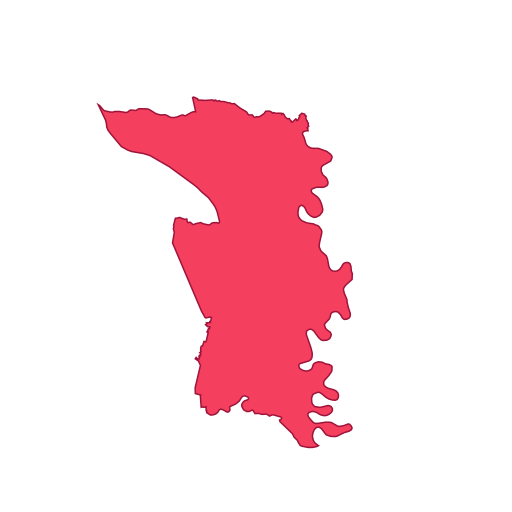 the district of Villa Rica, Valle del Cauca, Colombia, rotated 158°
{"feature_id": "7082276B61573549340712", "entity_name": "Villa Rica", "entity_type": "district", "adm_level": 2, "iso_a3": "COL", "parent_name": "Colombia", "parent_adm1": "Valle del Cauca", "projection": "albers", "projection_center": [-76.465, 3.182], "detail": "fine", "context": "isolated", "style": "filled", "palette": "rose", "viewbox_px": 512, "rotation_deg": 158, "n_neighbors": 0, "source": "geoboundaries", "source_scale": "gbopen_adm2", "svg_char_len": 6093}
<svg xmlns="http://www.w3.org/2000/svg" viewBox="0 0 512 512"><g transform="rotate(158 256 256)"><path d="M348.5,175.4L361.8,156.6L363.8,151.2L359.4,147.8L360.0,147.1L363.5,136.3L361.9,136.2L361.7,135.6L359.3,134.7L358.9,134.8L360.1,131.3L359.7,131.2L360.4,129.2L357.8,125.6L355.5,124.8L352.4,124.6L350.1,125.4L347.6,127.1L345.9,127.2L344.0,125.6L341.3,122.1L339.7,121.7L337.9,122.8L337.2,125.5L336.5,126.1L330.5,126.4L328.1,127.0L325.6,127.9L322.5,130.2L321.1,130.8L319.5,130.8L318.2,130.1L316.4,128.3L316.2,127.0L316.5,126.3L317.4,125.8L320.6,126.0L322.2,125.6L323.8,124.6L325.0,123.3L325.5,121.7L325.1,118.1L322.8,115.2L320.5,114.4L317.2,114.5L316.6,113.8L316.0,110.3L312.5,109.0L309.8,106.9L305.5,105.5L303.4,102.5L300.5,102.6L299.6,102.3L293.1,97.3L293.0,95.9L293.7,95.3L295.7,95.0L295.8,93.4L288.8,77.6L288.5,73.6L286.7,69.6L286.6,66.9L285.9,63.6L284.3,62.2L279.4,59.0L275.6,57.4L271.4,56.6L269.1,56.7L271.2,60.2L271.7,61.7L271.9,64.0L271.3,67.6L269.5,70.7L267.0,73.2L263.7,74.5L261.6,73.6L260.0,71.4L258.0,64.1L255.0,61.3L253.3,60.3L249.9,58.8L248.3,58.6L240.6,59.2L235.3,58.7L232.9,59.1L231.4,60.4L231.3,61.5L231.5,63.3L232.6,65.3L233.8,65.8L238.1,65.8L241.8,66.6L243.8,67.4L248.5,73.4L250.1,74.3L253.5,75.8L261.2,77.6L264.0,78.7L264.8,79.5L266.1,82.2L267.6,87.1L267.6,88.7L267.0,90.1L266.4,90.7L265.0,91.1L262.2,90.8L260.8,90.2L258.4,88.3L256.5,85.6L255.1,84.1L252.8,82.5L250.2,81.7L247.3,81.9L244.6,82.8L242.9,84.3L242.3,86.2L242.8,88.2L243.9,89.6L245.3,90.4L253.2,91.6L258.1,94.5L259.2,97.8L259.0,99.6L257.9,103.0L256.2,105.3L254.4,106.6L249.8,106.5L248.1,105.6L246.7,103.7L244.3,99.1L241.9,96.0L238.9,93.7L236.3,92.5L234.4,92.6L232.8,93.9L231.7,95.8L231.4,98.6L232.4,101.0L234.0,102.8L238.4,106.1L240.3,108.3L241.3,110.5L241.2,111.9L240.3,114.0L238.8,115.2L233.0,118.0L229.2,120.6L228.4,121.6L226.9,125.0L227.2,126.1L228.8,128.0L232.1,130.1L234.4,132.7L237.2,134.3L238.7,134.7L242.2,134.7L243.7,133.8L246.2,130.8L247.8,130.1L250.9,130.0L253.5,131.0L255.5,132.5L257.6,135.3L257.5,138.1L256.6,139.4L255.4,139.7L246.1,138.9L243.9,139.4L242.3,140.7L240.9,143.2L240.1,145.6L239.4,150.9L238.8,163.5L238.5,165.1L237.2,167.5L234.4,168.1L233.1,167.9L231.6,166.7L230.5,164.8L228.6,157.2L227.3,154.2L226.3,153.1L225.1,152.4L221.4,151.4L218.6,151.8L216.7,153.5L215.6,155.0L215.7,157.5L217.7,160.6L218.6,162.9L218.4,166.6L216.8,167.8L211.6,170.2L210.1,171.7L208.4,174.2L207.0,175.0L205.2,175.2L202.8,174.6L200.9,173.2L199.6,169.8L199.1,166.1L198.3,164.6L197.6,164.0L195.5,163.4L193.4,163.5L192.1,164.1L190.8,165.6L190.1,167.4L189.7,173.6L188.9,178.8L188.0,181.6L188.1,188.4L187.5,192.2L186.5,193.6L183.7,195.4L175.7,198.3L173.3,203.5L173.2,206.5L171.9,210.7L171.7,213.4L172.4,214.8L173.7,215.8L175.4,216.3L177.2,216.3L178.5,215.8L180.9,213.8L183.9,212.1L186.8,211.8L188.8,212.4L190.5,213.3L191.8,215.2L192.3,217.1L192.3,219.3L190.8,226.7L190.7,229.7L193.9,236.3L194.0,240.3L193.7,241.7L191.9,244.8L186.6,252.4L185.8,254.0L185.6,255.6L186.6,259.7L187.4,261.1L189.3,262.6L190.6,264.2L196.4,267.6L200.2,271.4L201.3,273.8L201.8,276.1L201.6,278.2L200.6,281.1L198.4,284.6L197.3,285.7L194.9,286.1L193.3,284.4L192.6,282.3L192.4,278.0L191.8,275.5L190.1,272.4L188.0,270.2L185.9,269.5L181.8,269.8L178.1,272.0L177.1,273.3L176.5,274.7L175.8,279.5L175.8,282.8L176.0,285.0L177.0,287.9L180.4,293.4L180.5,295.2L180.1,296.3L179.1,297.1L175.8,297.2L173.6,296.9L168.7,294.8L166.9,294.4L163.8,294.7L162.6,295.6L161.7,297.1L161.5,298.3L161.4,300.6L161.7,302.5L163.7,306.4L163.7,310.4L162.5,313.2L161.5,314.4L159.7,315.0L151.1,316.1L148.7,318.7L148.2,319.9L148.7,322.3L151.2,326.5L157.8,332.4L163.5,334.8L165.0,335.9L166.8,338.2L167.5,340.3L167.6,341.9L167.0,347.3L167.2,351.3L166.7,352.8L165.2,353.5L162.4,353.2L160.8,352.6L160.6,354.2L160.2,354.5L160.6,355.8L158.6,356.4L158.5,357.9L157.7,359.7L158.2,361.0L157.9,362.2L158.3,363.1L158.2,365.0L157.9,366.0L157.0,366.9L157.9,368.1L157.7,369.3L160.1,371.2L163.4,369.9L163.4,368.6L164.4,368.1L165.5,366.9L166.8,366.1L167.5,366.4L167.4,367.8L167.9,368.2L171.6,366.6L172.7,366.7L173.1,367.1L172.8,368.4L173.6,369.7L173.6,370.9L175.5,371.5L176.8,373.8L177.0,376.2L177.6,378.1L178.4,378.2L179.1,377.8L179.2,379.0L184.1,380.9L185.8,382.3L187.2,382.2L187.5,383.4L189.2,385.3L192.8,386.6L195.0,385.1L199.2,384.1L201.3,383.9L203.5,385.0L205.2,385.0L206.1,385.8L206.3,387.6L206.7,388.3L208.8,389.0L210.1,389.8L210.8,393.2L215.6,399.5L219.0,405.5L221.4,406.1L222.7,407.7L224.1,408.3L227.9,411.2L231.1,412.6L231.8,413.8L234.1,414.1L235.0,415.7L235.6,415.9L236.8,415.4L237.3,416.6L238.1,417.1L244.3,419.1L251.0,422.2L251.5,422.8L251.3,423.7L254.2,426.7L255.4,426.7L257.9,412.4L259.8,413.2L262.3,413.3L268.7,412.5L269.8,412.9L270.7,414.0L271.9,414.5L277.3,414.5L280.2,415.1L283.1,416.4L286.1,419.9L287.5,421.1L291.6,422.5L295.3,425.3L300.0,431.7L301.7,433.1L309.0,436.3L310.4,436.4L312.6,435.8L317.2,438.2L318.6,438.3L321.1,437.5L322.7,437.7L328.6,441.2L332.9,442.9L334.8,443.0L337.2,444.1L342.1,447.5L342.9,448.8L344.6,454.0L345.6,455.4L344.6,438.4L345.0,435.2L346.1,431.4L346.1,428.4L345.3,424.9L339.8,407.8L335.0,402.0L332.1,399.4L322.2,393.3L316.8,389.0L302.9,371.2L286.6,344.9L284.4,340.8L282.4,335.8L278.2,327.8L276.1,319.9L275.5,316.3L275.4,312.0L276.8,302.0L277.4,300.7L278.3,300.4L279.8,301.6L283.1,302.9L284.9,303.0L287.2,302.3L288.4,302.6L293.2,305.9L294.5,307.6L299.0,308.5L302.2,308.6L302.8,309.0L304.2,311.8L305.0,312.3L306.4,312.3L306.8,312.6L306.9,313.5L306.3,316.2L308.7,316.9L312.4,320.4L315.1,320.7L316.6,321.2L321.0,315.3L321.2,313.5L322.2,312.7L322.4,312.0L322.9,308.5L328.5,299.4L327.2,225.4L326.3,218.3L325.8,217.4L321.9,216.7L320.3,215.7L322.8,212.1L323.4,212.5L323.8,211.5L326.8,212.5L326.6,211.8L328.5,211.3L327.4,208.7L325.3,207.5L326.4,205.9L327.2,206.5L328.4,205.4L328.9,204.0L329.7,204.3L329.8,203.7L329.1,203.5L329.4,203.1L329.1,202.8L333.6,196.4L334.8,195.2L336.2,196.3L339.2,192.7L340.3,193.0L341.6,191.7L342.7,189.2L342.5,188.3L344.4,187.4L343.6,186.7L344.6,184.6L345.4,185.2L346.3,184.6L346.7,183.9L346.1,183.4L347.5,181.8L348.6,182.6L349.5,184.4L350.8,183.4L348.7,180.2L348.5,175.4Z" fill="#f43f5e" stroke="#9f1239" stroke-width="1.5"/></g></svg>